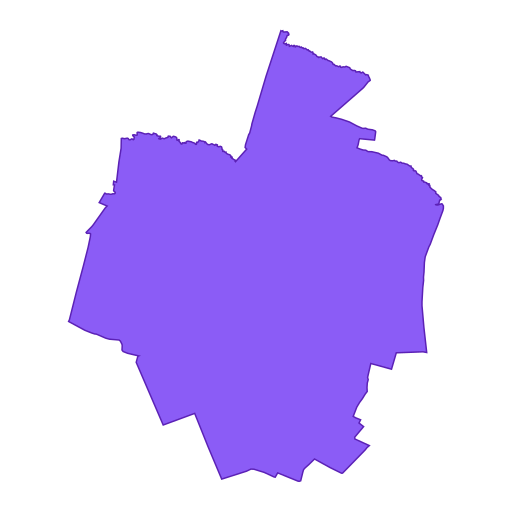 the district of Salcuta, Dolj, Romania
{"feature_id": "2599482B15452275926082", "entity_name": "Salcuta", "entity_type": "district", "adm_level": 2, "iso_a3": "ROU", "parent_name": "Romania", "parent_adm1": "Dolj", "projection": "natural_earth1", "projection_center": [23.464, 44.234], "detail": "fine", "context": "isolated", "style": "filled", "palette": "violet", "viewbox_px": 512, "rotation_deg": 0, "n_neighbors": 0, "source": "geoboundaries", "source_scale": "gbopen_adm2", "svg_char_len": 5967}
<svg xmlns="http://www.w3.org/2000/svg" viewBox="0 0 512 512"><path d="M246.5,471.2L250.9,469.1L253.9,469.2L264.2,472.4L273.9,476.9L275.2,477.2L277.7,472.9L297.9,481.1L299.2,481.3L300.7,480.8L302.9,471.9L303.6,469.6L305.0,468.0L309.0,464.4L314.5,459.0L330.3,467.7L341.5,473.2L342.3,473.2L342.8,472.9L365.3,449.8L367.0,447.6L369.3,445.6L354.9,439.0L354.7,437.2L363.6,426.6L359.0,423.0L360.6,419.8L355.7,417.8L353.2,416.4L356.8,407.1L359.6,402.4L362.3,398.8L365.2,394.1L367.2,391.5L367.0,387.6L367.3,382.9L368.2,379.7L367.6,377.4L370.8,363.5L391.5,369.2L396.3,352.8L423.0,351.8L426.7,352.5L423.9,327.4L422.0,305.8L422.0,301.7L422.8,287.5L423.6,280.5L423.5,277.1L424.0,272.0L424.4,262.5L425.2,256.8L428.9,246.8L430.2,244.3L433.7,234.8L437.8,224.7L440.1,218.1L442.9,210.6L443.4,208.3L443.4,205.9L442.1,203.9L441.4,203.8L437.8,205.0L436.0,204.9L435.8,204.6L438.2,204.1L438.8,203.7L439.6,200.5L440.1,199.8L440.6,199.9L441.2,199.2L440.9,198.9L440.9,198.1L440.7,197.5L439.0,196.4L438.8,195.7L438.4,195.2L435.8,193.4L435.8,191.8L433.8,190.3L432.4,189.5L430.0,187.3L429.9,185.8L429.3,185.7L428.5,184.7L429.4,184.2L429.3,183.9L426.9,183.6L426.7,182.8L424.6,182.1L423.7,182.0L423.6,181.1L421.9,180.5L421.7,179.2L422.5,177.6L421.7,176.9L421.5,175.9L421.1,175.6L420.5,175.8L418.2,174.1L417.0,173.7L416.0,171.3L415.6,170.9L414.0,170.8L413.5,170.5L413.3,170.2L413.6,169.4L412.8,168.5L411.3,167.5L411.0,166.0L409.7,166.0L407.1,164.2L405.4,163.9L403.7,163.2L402.2,163.2L400.7,162.2L399.3,162.6L398.5,162.6L397.5,162.0L396.8,161.1L395.2,161.1L394.4,160.4L392.5,160.8L390.4,160.6L389.4,160.0L387.7,157.6L386.8,156.8L383.4,155.3L382.1,155.2L378.4,153.2L371.8,151.7L368.0,151.6L365.8,150.2L363.1,150.0L360.2,149.1L357.0,147.8L358.1,144.8L359.0,140.2L359.6,138.7L374.5,140.1L374.7,139.2L375.7,131.8L375.5,131.3L375.1,130.8L372.4,129.8L367.8,129.2L365.7,128.2L363.6,128.4L362.3,128.3L356.8,125.9L349.5,122.0L341.6,119.3L335.8,117.8L332.0,117.1L330.7,116.3L363.0,88.1L363.8,87.3L368.0,82.0L370.2,80.4L370.2,80.0L369.4,77.9L368.5,76.3L368.3,75.2L366.7,74.6L365.7,74.9L362.8,72.1L361.2,72.9L360.2,72.5L359.9,71.6L356.0,72.0L355.5,70.8L354.1,70.4L352.9,70.6L350.4,69.1L349.7,67.7L346.1,66.3L344.9,67.0L343.0,66.8L342.1,67.3L341.3,67.4L340.8,67.3L340.5,66.3L339.9,66.0L339.4,66.5L338.6,66.7L336.7,65.8L335.8,65.9L334.8,65.2L334.3,64.5L333.5,64.2L333.3,64.4L332.8,63.9L332.5,62.9L331.5,61.9L328.7,60.6L328.0,60.5L326.3,59.1L326.0,59.0L325.4,59.5L324.8,59.3L324.4,58.3L324.0,57.9L322.9,58.7L322.6,58.6L321.1,56.9L319.4,57.1L318.8,57.5L318.2,56.9L317.4,56.8L316.7,56.3L316.6,55.9L315.7,54.8L314.2,54.1L313.1,53.9L313.4,53.3L312.9,53.0L312.6,52.0L312.0,52.3L310.8,51.9L310.3,51.4L309.7,51.3L309.6,50.9L308.8,50.8L308.3,49.8L308.0,49.7L307.3,50.0L305.5,48.4L303.9,48.7L303.3,47.9L302.8,47.8L302.3,48.0L301.3,47.0L300.4,47.4L299.9,47.2L299.3,46.4L298.0,46.5L296.9,45.9L296.1,46.1L296.0,46.5L295.2,46.9L294.6,45.6L294.2,45.4L293.7,45.5L293.3,46.4L292.1,45.9L291.6,45.4L289.4,46.3L289.0,44.6L288.8,44.5L288.1,44.5L286.4,45.1L286.2,44.4L286.4,43.8L286.3,43.4L285.0,43.9L284.3,43.7L283.6,43.3L283.5,42.8L284.6,41.3L285.6,40.3L285.5,39.1L286.6,37.4L287.0,35.9L287.2,35.6L288.4,35.2L288.9,34.7L288.8,34.2L288.3,33.8L288.6,33.2L287.2,31.8L284.2,32.0L283.3,31.9L282.9,31.5L282.8,30.7L281.3,31.1L280.9,30.8L266.0,76.4L257.3,105.8L255.2,112.3L251.9,123.9L251.6,125.8L249.7,133.0L248.7,134.6L248.4,135.6L245.5,144.7L245.1,147.5L246.7,149.1L235.5,161.7L235.1,161.2L235.7,160.6L235.7,160.4L233.6,159.4L233.2,159.0L231.9,158.3L231.8,158.0L232.2,157.4L232.2,157.2L231.8,156.9L231.1,157.1L230.7,157.0L230.9,155.9L229.9,154.8L227.8,154.2L226.6,153.5L226.2,153.1L226.0,152.1L225.1,152.3L224.2,151.3L223.3,151.5L222.8,151.4L222.7,151.0L222.9,150.1L222.0,149.3L222.0,148.3L221.5,146.8L220.2,146.3L218.9,146.8L217.4,146.3L217.1,145.8L217.4,145.2L217.4,144.9L215.9,144.3L215.4,145.0L214.7,145.3L214.1,144.7L213.2,144.5L212.0,143.8L211.3,143.9L209.7,144.7L207.9,144.6L206.7,143.6L205.5,142.0L204.9,142.5L204.7,141.9L204.0,141.5L203.0,141.2L201.4,141.1L199.6,140.1L199.1,140.0L198.9,141.0L198.2,141.7L197.8,142.4L196.7,142.3L196.5,143.9L196.4,144.3L196.1,144.4L195.5,144.3L194.8,143.3L193.5,142.7L192.8,142.6L191.3,141.8L187.9,141.1L186.8,141.4L186.1,141.9L185.9,143.2L185.4,143.2L184.4,142.6L184.1,142.7L184.0,143.1L182.4,142.8L182.1,143.8L181.3,144.0L180.7,143.5L180.3,142.6L179.7,141.9L179.0,141.3L179.2,139.9L179.0,139.6L178.6,139.6L177.8,140.2L177.2,140.3L176.9,140.0L176.8,138.3L176.5,137.5L175.6,136.9L174.0,136.4L173.3,136.3L171.5,137.8L171.0,137.5L170.2,136.3L168.4,136.1L168.1,136.3L168.1,137.0L167.8,137.4L165.7,138.0L164.5,138.7L163.7,138.6L162.1,138.1L160.6,139.1L160.2,139.1L158.9,138.8L158.8,138.6L160.1,137.7L160.6,136.4L160.5,136.2L158.8,136.2L157.0,135.7L156.8,135.4L157.0,134.9L156.9,134.6L155.9,133.8L155.0,133.7L153.5,133.1L153.3,133.2L153.0,134.2L152.5,134.5L151.2,134.7L148.5,133.5L147.0,133.7L146.6,134.0L144.5,133.9L142.8,133.2L140.5,132.5L138.1,132.2L137.4,132.3L137.1,132.6L137.2,134.9L136.9,135.2L135.7,135.2L134.7,134.8L133.0,134.8L132.7,135.1L132.8,135.7L134.1,136.8L134.3,137.3L134.0,138.2L134.0,139.1L133.4,139.7L132.8,139.5L132.3,139.0L131.6,138.9L130.2,139.8L129.4,139.8L128.9,139.6L128.3,138.6L127.6,138.2L126.3,138.3L124.7,138.7L122.2,138.2L121.3,138.5L121.1,148.3L118.9,162.0L116.5,182.2L113.7,181.2L113.3,184.8L114.5,184.9L113.6,190.5L113.7,190.9L115.2,192.3L115.0,193.5L114.3,193.8L112.5,193.8L111.8,194.2L110.3,194.3L108.7,193.9L106.2,194.0L105.4,193.3L104.7,193.2L99.2,202.6L107.1,206.0L105.1,208.1L93.2,224.9L91.9,226.5L86.1,232.4L86.6,233.2L87.5,233.4L88.9,233.2L90.4,233.6L90.6,233.9L90.3,236.9L88.1,247.4L83.3,266.2L76.4,292.0L69.4,319.8L68.6,321.5L84.9,330.3L91.7,333.0L94.8,334.0L96.3,334.1L105.8,338.2L109.5,339.2L119.0,340.0L120.3,341.0L121.8,343.9L122.1,344.8L122.2,345.9L122.0,350.0L123.1,351.5L127.6,353.3L138.6,355.9L138.1,356.1L137.6,357.2L136.2,362.3L163.2,425.0L194.7,413.4L207.9,446.3L221.7,479.1L246.5,471.2Z" fill="#8b5cf6" stroke="#5b21b6" stroke-width="1.5"/></svg>